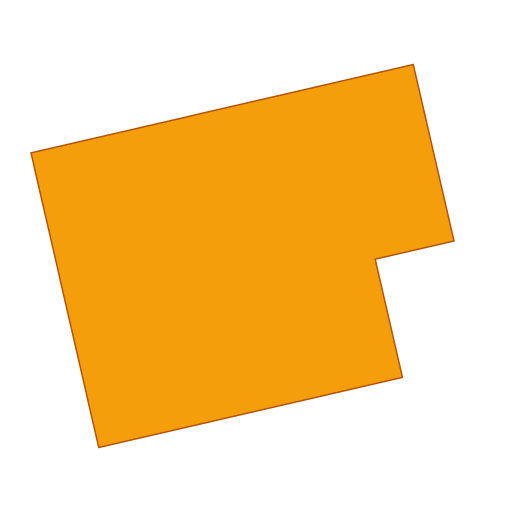 the State of Utah, rotated 77°
{"feature_id": "USA-3526", "entity_name": "Utah", "entity_type": "State", "adm_level": 1, "iso_a3": "USA", "parent_name": "United States of America", "parent_adm1": "", "projection": "mercator", "projection_center": [-111.421, 39.5], "detail": "fine", "context": "isolated", "style": "filled", "palette": "amber", "viewbox_px": 512, "rotation_deg": 77, "n_neighbors": 0, "source": "natural_earth", "source_scale": "10m", "svg_char_len": 1882}
<svg xmlns="http://www.w3.org/2000/svg" viewBox="0 0 512 512"><g transform="rotate(77 256 256)"><path d="M285.9,59.7L285.9,64.8L285.9,69.9L285.9,75.0L285.9,80.0L285.9,85.1L285.9,90.2L285.9,95.2L285.9,100.3L285.9,105.3L285.9,110.4L285.9,115.4L285.9,120.5L285.9,125.5L285.9,130.5L285.9,135.5L285.9,140.5L293.5,140.6L301.1,140.6L308.7,140.6L316.3,140.6L323.8,140.6L331.4,140.6L339.0,140.6L346.6,140.6L354.2,140.6L361.7,140.6L369.3,140.6L376.9,140.6L384.5,140.6L392.1,140.6L399.6,140.6L407.2,140.6L407.2,150.6L407.2,160.6L407.2,170.6L407.2,180.5L407.2,190.5L407.2,200.4L407.2,210.3L407.2,220.2L407.2,230.0L407.2,239.9L407.2,249.7L407.2,259.5L407.2,269.3L407.2,279.1L407.2,288.9L407.2,298.6L407.2,308.4L407.2,318.1L407.2,327.8L407.2,337.4L407.2,347.1L407.2,356.7L407.2,366.4L407.2,376.0L407.2,385.6L407.2,395.2L407.2,404.7L407.2,414.3L407.2,423.8L407.2,433.3L407.2,442.8L407.2,452.3L397.8,452.3L388.3,452.3L378.9,452.3L369.4,452.3L360.0,452.3L350.5,452.2L341.1,452.2L331.6,452.2L322.2,452.2L312.7,452.2L303.3,452.2L293.8,452.2L284.4,452.2L275.0,452.2L265.5,452.2L256.1,452.2L246.6,452.2L237.2,452.2L227.7,452.1L218.3,452.1L208.8,452.1L199.4,452.1L189.9,452.1L180.5,452.1L171.0,452.1L161.6,452.1L152.1,452.1L142.7,452.1L133.3,452.1L123.8,452.1L114.4,452.0L104.9,452.0L104.9,440.2L104.9,428.3L104.9,416.4L104.9,404.5L104.9,392.5L104.9,380.6L104.9,368.6L104.9,356.6L104.9,344.5L104.9,332.4L104.9,320.3L104.9,308.2L104.9,296.0L104.8,283.9L104.8,271.6L104.8,259.4L104.8,247.1L104.8,234.8L104.8,222.5L104.8,210.2L104.8,197.8L104.8,185.4L104.8,173.0L104.8,160.5L104.8,148.0L104.8,135.5L104.8,122.9L104.8,110.3L104.8,97.7L104.8,85.1L104.8,72.4L104.8,59.7L116.1,59.7L127.4,59.7L138.7,59.7L150.1,59.7L161.4,59.7L172.7,59.7L184.0,59.7L195.3,59.7L206.7,59.7L218.0,59.7L229.3,59.7L240.6,59.7L252.0,59.7L263.3,59.7L274.6,59.7L285.9,59.7Z" fill="#f59e0b" stroke="#b45309" stroke-width="1.5"/></g></svg>